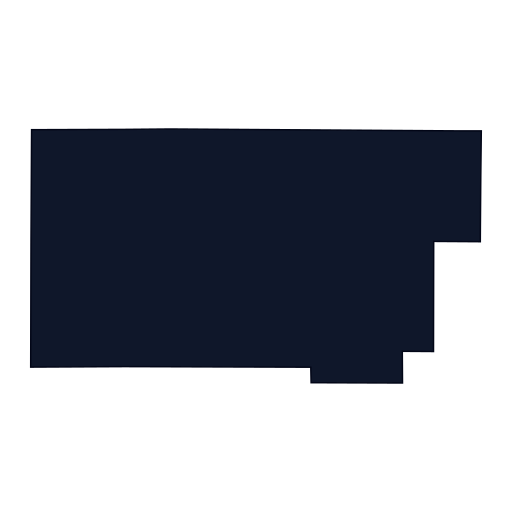 outline of Union, Mississippi, United States of America
{"feature_id": "52423323B35434026565604", "entity_name": "Union", "entity_type": "district", "adm_level": 2, "iso_a3": "USA", "parent_name": "United States of America", "parent_adm1": "Mississippi", "projection": "natural_earth1", "projection_center": [-88.946, 34.482], "detail": "fine", "context": "isolated", "style": "filled", "palette": "ink", "viewbox_px": 512, "rotation_deg": 0, "n_neighbors": 0, "source": "geoboundaries", "source_scale": "gbopen_adm2", "svg_char_len": 356}
<svg xmlns="http://www.w3.org/2000/svg" viewBox="0 0 512 512"><path d="M402.5,383.0L402.3,351.3L433.5,351.5L433.7,241.4L480.3,241.7L480.4,226.2L480.8,174.4L481.3,130.9L461.2,130.9L170.1,129.0L123.7,129.4L31.6,129.7L31.5,145.3L31.0,240.6L30.7,367.1L124.6,366.6L310.8,367.2L311.1,382.7L402.5,383.0Z" fill="#0f172a" stroke="#020617" stroke-width="1.5"/></svg>